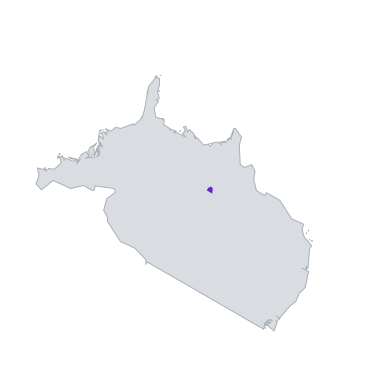 Kiowa, Oklahoma, United States of America (highlighted), rotated 210°
{"feature_id": "52423323B11344178006251", "entity_name": "Kiowa", "entity_type": "district", "adm_level": 2, "iso_a3": "USA", "parent_name": "United States of America", "parent_adm1": "Oklahoma", "projection": "equal_earth", "projection_center": [-99.105, 34.859], "detail": "fine", "context": "in_parent", "style": "filled", "palette": "violet", "viewbox_px": 384, "rotation_deg": 210, "n_neighbors": 0, "source": "geoboundaries", "source_scale": "gbopen_adm2", "svg_char_len": 4275}
<svg xmlns="http://www.w3.org/2000/svg" viewBox="0 0 384 384"><g transform="rotate(210 192 192)"><path d="M298.9,134.3L317.9,132.6L323.6,118.6L331.1,121.0L332.7,129.6L337.8,135.5L330.8,137.6L330.7,139.2L329.2,137.1L327.9,140.6L322.5,143.0L319.9,151.9L323.6,155.8L325.7,155.3L324.9,153.6L325.7,154.4L326.1,156.3L320.1,157.6L318.6,155.5L318.3,158.3L311.2,158.9L306.2,162.5L306.5,160.5L305.9,159.2L305.0,164.0L306.6,164.9L306.5,169.1L303.4,174.5L299.2,171.1L301.2,167.7L298.8,170.1L300.2,173.8L302.1,176.0L302.6,178.4L298.8,187.3L299.7,181.7L295.6,176.5L297.4,171.0L294.0,172.6L296.0,180.8L292.3,178.3L291.1,178.5L292.0,176.0L291.8,175.2L290.8,177.2L290.9,178.9L296.5,182.1L295.5,183.6L292.9,180.7L291.9,180.2L295.2,183.7L296.6,184.3L296.0,186.4L294.2,184.8L297.0,187.9L296.5,188.4L295.1,186.8L291.7,186.0L296.1,189.0L298.6,188.9L301.9,196.6L299.1,190.7L300.1,194.5L295.2,193.7L299.0,197.5L300.6,196.4L298.8,199.9L294.0,198.6L297.0,200.4L294.7,202.2L297.7,203.5L292.6,204.3L290.3,209.9L285.5,211.4L276.9,221.7L275.6,220.6L272.7,230.1L272.5,232.4L274.4,239.8L282.3,261.8L280.5,273.5L277.1,274.2L273.4,267.9L272.5,262.7L267.3,256.6L268.8,254.0L266.4,254.1L267.1,246.4L261.0,238.8L252.2,240.6L250.4,236.2L241.7,235.8L242.7,234.1L241.2,235.8L237.3,236.6L237.1,233.2L236.6,235.6L224.6,236.3L229.7,237.9L228.1,241.1L232.0,244.1L230.1,245.7L225.7,241.7L225.5,244.8L219.5,243.5L216.1,239.5L214.2,241.5L205.5,238.4L200.5,242.8L201.8,241.6L199.0,240.5L197.7,245.9L192.5,249.3L193.7,248.3L190.2,247.7L191.4,249.6L187.4,251.9L185.9,257.9L184.1,256.9L185.6,258.6L185.9,264.1L187.6,267.5L186.4,268.7L176.7,264.4L174.5,256.3L164.2,240.2L159.0,239.3L153.9,245.6L147.7,241.4L145.0,234.0L136.9,225.4L127.3,225.4L127.2,228.6L111.8,228.7L92.3,218.6L79.3,219.9L77.8,214.5L72.6,209.3L61.5,205.3L61.8,201.5L53.6,184.5L54.1,182.8L55.8,185.0L54.9,181.3L59.1,181.0L51.3,181.4L46.2,165.9L48.5,157.8L47.3,148.7L50.0,142.9L53.1,126.5L56.8,126.9L52.7,126.1L54.5,121.7L53.0,121.8L51.6,112.8L60.8,114.3L58.3,119.0L61.8,115.7L61.0,119.6L58.7,120.6L60.3,120.8L62.2,119.1L63.3,115.1L61.5,109.0L195.8,109.0L195.8,106.6L198.5,110.5L213.8,114.8L229.1,113.3L250.8,124.4L251.9,127.3L259.4,132.1L262.5,143.7L258.2,153.2L260.8,156.3L278.8,148.8L277.6,144.4L279.2,143.6L289.4,143.3L298.9,134.3ZM313.6,161.0L316.7,160.4L306.1,163.3L314.7,159.8L313.6,161.0ZM61.8,112.8L62.7,115.3L62.5,115.6L61.1,113.7L61.8,112.8ZM187.4,266.6L186.1,261.7L186.2,258.9L186.4,261.8L187.4,266.6ZM331.6,137.9L331.8,139.2L331.2,139.0L331.6,137.9ZM216.3,240.9L216.5,242.0L215.6,241.1L216.3,240.9ZM65.6,209.7L67.0,209.1L65.6,209.7ZM64.2,209.3L63.7,210.0L63.3,209.3L64.2,209.3ZM322.9,157.8L322.2,158.7L321.9,158.4L322.9,157.8ZM186.9,256.3L186.2,258.5L188.0,254.3L186.9,256.3ZM280.0,254.5L281.5,258.8L279.7,254.0L280.0,254.5ZM72.1,213.2L72.6,214.3L72.0,213.3L72.1,213.2ZM281.1,274.2L280.1,275.6L281.8,272.6L281.1,274.2ZM302.5,199.2L301.4,200.8L302.1,196.9L302.5,199.2ZM60.7,110.7L60.7,111.4L60.2,111.1L60.7,110.7ZM191.5,250.5L189.6,251.5L191.5,250.1L191.5,250.5ZM325.9,158.2L326.0,159.2L325.1,158.9L325.9,158.2ZM71.8,216.4L72.2,217.7L71.6,216.5L71.8,216.4ZM189.2,252.3L188.4,252.8L189.1,252.0L189.2,252.3ZM302.3,180.1L301.2,182.2L302.4,179.3L302.3,180.1ZM199.9,243.7L198.7,244.6L200.5,243.1L199.9,243.7ZM273.0,231.2L272.8,233.0L272.6,231.7L273.0,231.2ZM298.1,203.7L297.8,204.1L298.9,202.8L298.1,203.7ZM255.3,240.2L253.9,241.2L253.3,241.0L255.3,240.2ZM236.7,236.3L236.5,236.6L235.6,236.5L236.7,236.3ZM270.9,262.8L271.1,264.1L270.6,262.5L270.9,262.8ZM233.0,238.8L232.8,239.9L232.6,237.9L233.0,238.8ZM277.9,277.2L277.1,277.4L278.2,277.0L277.9,277.2ZM306.3,169.8L305.8,170.8L306.4,169.4L306.3,169.8ZM300.5,201.1L300.0,201.5L299.9,201.5L300.5,201.1Z" fill="#d9dde1" stroke="#a8b0b8" stroke-width="1"/><path d="M179.3,203.4L179.3,201.8L179.3,201.7L179.2,201.5L178.8,201.6L178.7,201.6L176.9,201.5L175.3,201.5L175.1,201.5L175.3,201.7L175.3,201.9L175.4,202.0L175.5,202.1L175.5,202.3L175.4,202.4L175.4,202.5L175.5,202.7L175.6,202.9L175.7,203.0L175.5,203.3L175.7,203.5L175.9,203.5L176.1,203.6L176.3,203.3L176.5,203.4L176.5,203.6L176.4,203.6L176.4,203.8L176.3,204.0L176.4,204.3L176.4,204.5L176.7,204.5L177.0,204.5L176.7,204.7L176.7,204.9L177.2,204.9L177.2,205.2L178.2,205.2L178.2,203.4L179.3,203.4Z" fill="#8b5cf6" stroke="#5b21b6" stroke-width="1.5"/></g></svg>